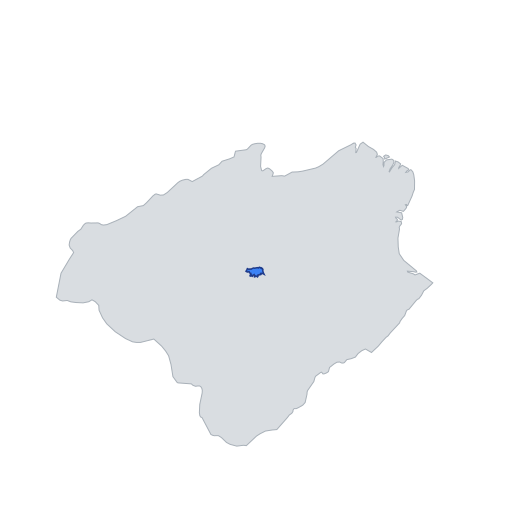 Jema'A, Kaduna, Nigeria (highlighted), rotated 220°
{"feature_id": "59680162B37059166930142", "entity_name": "Jema'A", "entity_type": "district", "adm_level": 2, "iso_a3": "NGA", "parent_name": "Nigeria", "parent_adm1": "Kaduna", "projection": "equal_earth", "projection_center": [8.262, 9.414], "detail": "fine", "context": "in_parent", "style": "filled", "palette": "blue", "viewbox_px": 512, "rotation_deg": 220, "n_neighbors": 0, "source": "geoboundaries", "source_scale": "gbopen_adm2", "svg_char_len": 5690}
<svg xmlns="http://www.w3.org/2000/svg" viewBox="0 0 512 512"><g transform="rotate(220 256 256)"><path d="M382.5,96.1L394.3,117.5L396.9,133.5L397.9,141.4L399.9,142.3L403.5,142.7L406.2,144.3L407.8,146.9L408.8,149.4L409.0,150.8L408.3,160.4L407.4,163.9L408.0,168.6L407.8,170.7L407.4,172.0L405.8,173.6L403.6,175.2L398.3,179.8L396.8,180.4L394.6,180.6L392.7,181.7L390.4,184.2L385.6,193.4L381.4,202.6L378.4,217.6L374.7,222.2L374.1,226.4L373.6,235.7L373.0,238.5L372.4,239.4L368.4,241.1L366.1,243.3L364.8,247.5L363.0,261.9L362.4,264.3L361.1,266.8L359.1,269.5L357.3,271.0L352.7,272.0L348.4,282.8L348.4,284.7L346.5,294.6L343.1,302.0L342.9,306.8L338.7,313.4L336.5,317.8L338.8,322.5L339.0,323.2L331.8,331.1L331.3,332.3L331.0,337.7L330.5,339.2L329.1,341.2L327.2,343.4L325.2,345.1L323.0,346.3L320.8,346.7L319.6,346.0L318.9,344.4L317.7,337.7L317.1,336.3L315.7,335.0L310.1,327.6L306.7,325.1L306.0,325.2L305.4,325.9L304.4,329.6L303.5,331.0L301.7,331.5L298.6,331.5L296.4,331.0L295.9,330.3L294.8,327.4L287.9,334.1L285.4,335.6L282.3,343.5L278.0,347.4L275.0,350.8L266.9,361.6L265.3,364.8L263.7,369.5L260.3,389.8L254.7,402.4L253.9,405.1L253.6,405.0L252.9,406.2L250.7,405.4L249.8,403.1L248.4,402.7L246.1,399.3L245.6,399.8L248.1,408.6L247.2,412.0L240.3,412.1L234.5,413.2L230.4,413.1L228.4,411.9L227.5,408.6L227.2,408.9L227.0,410.7L225.7,412.1L221.2,412.3L219.2,410.1L217.5,407.6L215.8,406.5L216.1,407.5L218.1,410.0L217.8,413.5L214.2,417.5L211.8,417.8L210.4,416.0L209.7,413.2L209.3,408.9L208.3,406.2L207.8,406.2L208.5,410.8L208.5,415.1L210.2,418.4L207.6,419.4L204.4,419.5L203.9,418.3L203.5,415.5L203.0,414.8L202.3,419.5L195.8,420.8L194.8,420.6L194.6,419.7L195.1,418.4L195.0,416.3L193.6,418.0L193.3,421.2L192.5,421.7L190.0,421.3L187.3,419.6L182.8,415.5L177.4,408.9L176.5,405.9L175.0,402.2L172.2,392.1L172.7,391.7L173.9,392.2L174.6,391.3L172.3,390.6L171.8,389.8L171.7,387.6L171.8,384.9L175.2,383.5L176.0,381.8L176.5,380.2L172.2,382.7L168.3,379.8L167.4,378.1L167.9,376.8L172.5,376.7L174.1,375.4L173.1,374.9L171.3,375.0L170.7,374.1L170.8,372.1L170.2,372.5L169.4,374.3L166.8,375.7L165.2,374.3L165.1,371.3L164.7,370.0L163.4,368.9L158.8,361.0L152.9,354.4L147.7,349.8L139.9,347.6L123.4,347.7L122.5,347.1L123.5,346.1L125.0,345.4L130.3,341.7L129.4,341.2L123.9,343.5L122.0,343.7L119.5,348.1L103.3,349.1L103.4,347.1L104.1,341.3L105.1,337.2L104.0,332.3L103.8,327.9L104.5,326.6L104.7,324.9L104.6,313.6L105.5,311.9L105.5,310.7L103.8,305.9L103.9,302.2L103.6,298.6L103.0,297.0L103.7,283.2L103.5,279.7L104.1,277.3L104.4,271.4L104.4,265.5L105.5,256.3L112.4,255.1L114.1,251.5L115.1,246.9L114.9,242.4L117.1,238.5L119.8,235.0L119.8,231.1L120.5,229.9L121.8,229.0L123.7,228.6L125.7,226.7L126.9,223.3L128.0,217.9L126.3,214.2L126.3,213.4L127.0,211.4L128.1,209.4L129.0,208.7L131.0,209.2L131.6,208.4L133.0,202.5L132.8,200.9L131.0,197.0L130.0,186.2L129.5,184.8L128.1,182.9L124.2,175.4L124.3,171.8L126.0,167.2L127.0,165.0L128.5,163.8L128.8,162.7L128.4,161.5L127.7,160.5L127.5,158.4L128.3,155.6L128.1,152.5L128.5,136.4L131.7,133.2L136.3,127.9L138.6,122.5L139.9,118.3L141.5,104.5L143.9,103.0L148.5,98.0L154.7,95.1L158.8,94.2L165.8,94.7L169.4,94.2L172.5,91.5L173.9,90.8L175.8,90.3L193.4,97.5L195.0,97.1L196.4,97.6L198.6,99.5L203.7,106.2L209.2,116.5L210.9,118.7L212.6,119.9L214.3,120.4L215.6,120.2L216.9,119.2L218.6,117.3L221.2,116.4L223.3,116.5L234.3,108.6L235.4,108.5L242.1,110.2L251.3,118.2L258.8,123.4L264.1,125.1L270.3,126.3L280.9,126.7L288.9,115.6L291.8,113.1L295.4,110.9L302.8,108.9L315.1,107.5L326.7,108.1L333.8,110.0L341.4,113.6L344.7,117.1L349.8,117.7L353.5,117.0L354.7,113.5L358.3,109.0L363.8,104.8L368.3,101.9L372.0,100.6L375.3,97.2L377.9,96.1L382.5,96.1ZM221.6,416.8L219.1,417.9L217.4,417.6L219.7,413.0L220.8,414.0L222.3,414.4L221.6,416.8Z" fill="#d9dde1" stroke="#a8b0b8" stroke-width="1"/><path d="M241.9,250.0L242.4,250.1L243.0,250.6L243.3,250.5L243.5,250.1L244.1,250.3L244.2,249.9L244.4,249.8L244.7,249.8L244.9,250.0L245.0,249.9L245.5,249.8L245.6,249.7L246.0,249.7L246.1,249.3L246.4,249.0L246.5,248.9L246.5,248.3L247.2,248.1L247.6,247.8L247.6,247.7L248.5,246.7L249.1,245.8L249.2,245.7L249.4,245.7L249.8,245.5L250.0,245.4L250.7,244.3L250.8,244.1L251.0,243.6L251.1,243.0L251.4,242.8L251.6,242.7L251.8,242.6L252.0,242.1L252.4,242.0L252.4,241.9L252.6,241.6L252.7,241.4L252.8,241.2L253.6,241.0L253.9,241.0L254.5,240.8L254.4,240.4L254.2,240.1L254.2,239.8L254.0,239.3L253.9,238.9L253.9,238.5L253.8,238.4L253.9,238.0L253.9,237.9L253.7,237.9L253.7,238.0L253.4,238.1L253.0,238.2L252.5,238.1L252.4,238.1L252.0,238.6L251.8,238.8L251.3,239.6L251.2,239.6L250.2,239.0L249.8,239.1L249.3,239.1L248.8,239.2L248.7,239.3L248.5,239.1L248.4,238.6L248.4,238.4L248.2,238.0L248.0,237.9L247.9,237.8L248.0,237.8L248.0,237.7L248.1,237.4L248.0,237.2L247.9,237.2L247.6,236.9L247.4,237.0L247.1,237.2L247.1,237.3L247.0,237.5L246.9,237.7L246.9,237.8L246.9,238.0L246.9,238.3L246.7,238.2L246.4,238.4L246.2,238.3L246.1,238.1L245.8,238.1L245.8,238.3L245.9,238.7L245.9,239.6L245.7,239.9L245.5,240.6L245.0,240.4L244.5,240.0L244.3,239.8L244.2,239.6L243.9,239.0L243.7,239.0L243.5,239.3L243.4,239.5L243.7,239.9L243.7,240.1L243.5,240.5L243.4,240.5L243.2,240.6L242.8,240.7L242.4,241.0L242.4,240.9L242.2,240.9L241.6,240.9L241.4,240.9L241.4,241.0L241.5,241.4L241.5,241.7L241.5,241.9L241.6,242.1L242.0,242.3L242.3,242.5L242.3,242.8L242.1,243.0L241.5,243.6L241.4,243.6L241.3,243.8L241.0,244.1L240.8,244.4L240.8,244.6L241.1,244.9L241.1,245.2L241.2,245.6L240.8,245.7L240.7,245.7L240.4,245.5L240.4,245.9L240.5,245.9L240.6,246.0L240.5,246.3L240.3,246.2L240.2,246.2L240.1,246.5L239.9,246.8L239.6,246.9L238.1,247.2L239.2,247.7L239.6,247.8L240.0,248.2L240.8,248.6L241.2,248.8L241.5,249.3L241.6,249.5L241.8,249.8L241.9,250.0Z" fill="#3b82f6" stroke="#1e3a8a" stroke-width="1.5"/></g></svg>